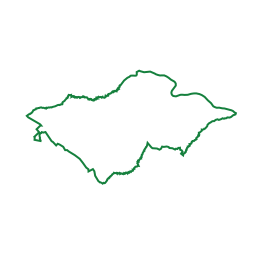 the district of Federación, Entre Ríos, Argentina, rotated 284°
{"feature_id": "61730980B83498212495983", "entity_name": "Federación", "entity_type": "district", "adm_level": 2, "iso_a3": "ARG", "parent_name": "Argentina", "parent_adm1": "Entre Ríos", "projection": "equal_earth", "projection_center": [-58.107, -30.745], "detail": "fine", "context": "isolated", "style": "outline", "palette": "green", "viewbox_px": 256, "rotation_deg": 284, "n_neighbors": 0, "source": "geoboundaries", "source_scale": "gbopen_adm2", "svg_char_len": 5817}
<svg xmlns="http://www.w3.org/2000/svg" viewBox="0 0 256 256"><g transform="rotate(284 128 128)"><path d="M168.5,229.1L168.9,227.6L169.9,225.7L170.2,224.0L170.3,216.9L169.9,214.7L169.8,211.7L169.1,209.0L169.3,207.1L169.7,205.5L172.2,202.6L174.1,198.9L176.7,194.9L177.8,191.7L178.2,189.1L178.1,185.9L177.4,183.3L176.4,180.9L174.7,178.0L173.8,175.0L173.4,172.6L172.9,170.8L170.3,166.9L170.0,164.2L170.6,163.0L171.1,162.4L172.3,161.7L173.1,161.5L174.7,161.6L180.7,164.1L182.6,163.6L183.7,162.6L184.3,161.6L185.3,158.0L186.6,155.2L187.4,152.8L187.8,150.4L186.7,146.2L186.7,144.1L186.9,142.0L187.3,140.8L188.1,135.9L186.0,130.1L186.1,126.1L186.3,125.0L184.4,122.9L182.0,123.6L181.0,123.4L180.6,122.7L179.8,119.1L179.3,117.8L178.1,117.1L176.6,115.3L173.1,112.7L167.4,110.3L167.4,109.7L166.9,109.5L165.7,109.9L165.1,109.8L164.8,109.5L164.8,108.9L164.0,108.5L163.6,108.7L163.3,109.5L162.7,108.9L162.5,108.2L162.1,108.4L161.4,108.0L160.8,108.1L160.7,107.1L161.1,107.0L160.8,106.1L160.1,105.9L159.2,105.1L160.0,104.5L159.5,104.0L158.8,104.0L158.5,103.5L157.5,103.0L156.8,102.1L156.8,101.8L156.3,101.0L155.9,100.9L156.0,100.7L155.6,100.4L155.0,101.0L154.6,101.0L154.5,100.4L153.7,99.6L153.8,99.2L153.2,98.6L153.4,98.4L152.8,98.4L152.6,98.6L151.7,98.0L151.6,96.1L152.2,95.7L151.5,94.8L151.2,94.8L151.5,93.9L151.0,92.9L151.1,92.1L151.2,91.9L150.4,91.3L150.2,90.8L149.7,90.6L150.1,90.3L150.0,90.1L149.7,90.4L149.3,90.4L149.4,90.7L149.1,90.8L149.0,90.6L148.9,91.0L148.7,90.6L149.0,90.1L148.0,90.0L148.0,89.6L147.4,89.1L147.7,89.1L147.8,88.4L146.3,87.1L146.6,86.1L146.4,85.9L146.6,85.4L147.2,85.3L147.2,84.5L146.9,83.9L146.3,83.9L146.1,83.6L146.2,83.0L146.2,82.8L146.8,82.9L146.8,82.2L147.1,81.5L147.8,80.7L147.6,79.7L147.4,79.4L147.5,78.8L147.1,78.3L147.2,78.0L147.6,78.3L148.0,77.2L147.8,76.5L147.5,76.4L147.2,76.7L146.8,75.9L146.5,74.8L146.2,74.8L145.5,74.1L145.9,73.4L146.2,73.3L146.3,72.8L146.0,72.2L145.8,71.4L145.1,71.3L145.0,70.8L145.1,70.4L145.5,70.1L145.4,69.5L145.1,69.5L144.9,68.8L144.7,68.8L144.9,68.0L145.7,68.2L145.9,67.7L145.7,67.0L145.3,67.1L145.2,66.6L144.9,66.2L145.5,66.4L145.5,64.8L146.3,64.7L146.1,64.3L145.9,64.3L145.8,62.5L144.4,62.1L144.0,62.3L143.5,62.0L143.3,62.2L143.0,62.2L142.8,61.9L142.4,61.9L142.1,61.2L141.7,61.3L140.5,60.5L139.0,59.9L137.3,58.4L136.7,58.2L135.6,58.6L135.1,58.5L134.9,57.7L134.3,56.9L134.4,56.7L133.7,56.0L133.7,55.3L133.2,54.2L131.5,52.2L129.9,49.2L129.5,49.0L129.3,47.6L128.8,46.8L128.7,45.8L127.9,44.8L128.0,44.2L127.2,43.9L127.5,43.3L127.0,42.9L127.2,41.3L126.8,39.9L127.0,38.8L126.5,37.7L125.9,36.9L125.7,36.1L125.1,35.4L124.8,34.2L123.8,34.0L123.2,32.9L122.6,32.5L122.4,31.9L120.4,31.4L119.6,30.8L119.0,30.7L118.3,29.6L117.8,29.5L117.3,28.5L115.3,26.9L114.2,28.6L110.5,41.3L110.1,42.2L109.4,43.1L109.3,42.5L104.7,39.6L102.4,42.8L96.8,39.3L96.6,39.7L93.9,40.2L94.2,46.3L94.6,46.3L96.3,45.0L97.0,45.1L98.8,44.1L100.1,43.8L101.1,44.0L101.8,44.5L102.2,45.1L103.1,45.3L103.1,47.0L104.1,48.9L96.7,57.1L96.3,58.5L93.7,62.5L95.7,63.6L95.4,65.6L94.1,69.7L91.3,72.4L91.8,74.4L91.0,75.9L88.8,82.9L86.4,88.6L83.2,92.7L79.5,97.0L78.4,99.5L76.3,100.2L79.6,103.9L77.9,105.8L73.7,107.7L69.2,112.2L68.7,113.7L68.5,113.8L68.6,114.5L68.3,116.0L67.9,116.9L68.9,117.6L68.8,118.6L69.2,119.1L71.7,120.2L72.3,120.2L72.4,120.4L73.6,120.5L74.1,121.1L74.4,121.1L74.5,121.5L75.0,121.5L75.2,122.0L76.3,122.1L76.7,122.8L77.3,122.9L78.2,123.7L79.2,123.9L80.4,125.1L80.6,125.1L80.9,125.7L81.1,125.6L81.1,126.2L81.4,127.4L81.3,127.8L81.5,127.9L81.2,128.3L81.7,128.3L81.9,128.7L81.8,129.3L81.4,129.4L81.6,129.7L81.6,130.4L82.3,130.6L82.0,131.3L82.3,131.4L82.3,131.7L81.7,131.8L82.3,132.5L82.3,133.2L82.1,133.6L82.4,133.9L82.2,134.5L82.6,134.6L82.6,135.3L82.9,135.3L82.9,135.6L83.4,135.4L83.4,136.2L83.8,136.4L83.6,136.7L83.9,137.2L84.3,137.2L84.5,137.8L84.2,138.1L84.9,138.8L84.2,139.0L84.8,139.4L84.9,140.0L85.5,139.9L86.1,140.8L86.1,141.2L86.4,141.1L86.3,141.5L86.8,141.7L87.3,142.4L87.6,142.5L87.8,143.1L88.4,143.1L88.8,142.8L88.9,143.3L89.5,143.6L90.1,143.5L90.4,143.6L90.3,144.0L90.8,143.9L92.3,144.6L92.5,145.4L92.9,146.2L93.7,146.5L93.8,147.4L94.8,146.6L95.3,146.6L95.9,145.6L96.5,145.5L96.9,145.0L96.8,144.7L97.4,146.0L97.8,145.4L98.2,145.7L98.7,145.6L98.8,146.2L99.2,146.0L99.7,146.4L99.7,146.7L100.3,146.8L100.9,147.2L101.4,148.0L101.7,147.7L101.8,148.0L102.3,147.8L102.9,148.2L103.2,147.9L103.5,148.2L104.5,147.9L104.9,148.1L105.4,147.9L105.9,148.4L107.3,148.3L107.9,148.7L109.1,148.7L109.7,149.4L110.3,149.1L110.5,149.3L111.1,149.2L111.8,149.6L112.0,149.5L112.8,149.8L113.4,150.2L114.0,150.1L114.5,150.6L115.9,150.7L118.3,150.6L114.9,155.3L114.3,156.6L115.1,161.1L114.6,163.8L115.8,165.0L118.2,165.6L118.3,167.3L119.4,170.0L119.4,172.0L118.6,173.0L119.1,176.0L118.5,178.9L119.5,179.5L119.6,181.0L120.8,181.6L120.7,181.9L121.4,183.2L119.5,183.9L119.3,185.5L118.3,186.6L115.9,185.7L114.8,188.1L116.5,188.0L116.9,188.3L117.1,188.9L117.7,189.3L118.1,189.2L118.3,189.6L118.8,189.9L120.0,189.7L120.5,190.0L120.8,189.8L121.2,190.2L121.8,189.9L122.4,190.1L123.0,190.1L123.5,190.6L124.1,190.5L124.3,190.8L124.6,190.6L124.9,191.2L125.3,191.4L125.2,191.8L125.6,192.2L126.3,192.1L127.3,191.6L127.5,192.5L127.8,192.6L128.3,193.2L129.3,193.1L129.4,193.3L130.1,193.3L130.4,193.8L131.0,193.8L131.6,195.4L132.4,195.6L133.0,196.6L133.5,196.6L133.9,197.2L134.8,196.7L135.6,197.1L136.2,197.8L137.7,197.9L137.5,198.6L137.6,198.8L138.4,198.8L138.4,198.2L138.6,198.0L139.8,198.2L140.6,197.9L141.1,198.8L143.3,200.3L144.3,200.0L144.3,200.5L145.0,201.8L145.7,202.1L145.7,202.5L146.2,203.0L148.8,204.4L150.4,204.4L152.6,205.8L153.1,206.6L154.6,207.8L155.2,208.7L155.5,209.9L157.1,211.1L158.1,212.8L157.8,214.2L159.2,216.3L160.3,217.4L160.2,218.9L160.8,219.5L161.0,220.4L161.4,221.2L162.3,221.8L162.7,224.1L163.7,225.4L166.0,227.1L166.4,227.9L167.2,229.0L168.5,229.1Z" fill="none" stroke="#15803d" stroke-width="2"/></g></svg>